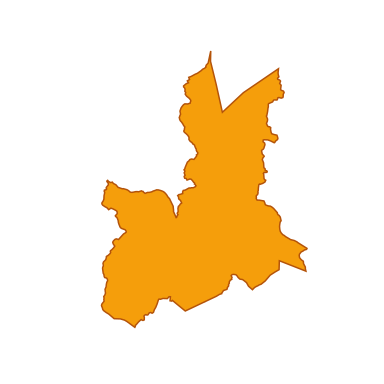 Hueytlalpan, Puebla, Mexico, rotated 335°
{"feature_id": "50627088B78446998147057", "entity_name": "Hueytlalpan", "entity_type": "district", "adm_level": 2, "iso_a3": "MEX", "parent_name": "Mexico", "parent_adm1": "Puebla", "projection": "mercator", "projection_center": [-97.68, 20.051], "detail": "fine", "context": "isolated", "style": "filled", "palette": "amber", "viewbox_px": 384, "rotation_deg": 335, "n_neighbors": 0, "source": "geoboundaries", "source_scale": "gbopen_adm2", "svg_char_len": 6080}
<svg xmlns="http://www.w3.org/2000/svg" viewBox="0 0 384 384"><g transform="rotate(335 192 192)"><path d="M268.6,72.1L261.1,82.0L258.6,83.0L257.5,84.1L257.4,84.7L255.6,85.2L253.6,85.2L251.5,85.9L247.0,86.7L244.8,86.6L240.0,86.9L237.5,86.7L237.3,89.0L234.7,89.3L234.9,91.5L232.5,91.4L229.2,92.3L228.8,93.2L229.3,94.8L229.0,96.3L228.1,97.7L228.4,99.0L227.2,100.5L227.6,102.8L229.2,106.2L229.6,108.3L229.3,109.1L228.4,109.9L228.0,110.7L225.3,110.4L222.8,109.1L221.2,109.3L219.3,110.2L217.6,111.2L215.3,113.6L214.5,116.7L213.3,117.7L211.8,119.3L211.8,120.1L211.5,120.9L211.5,122.4L212.1,124.3L212.5,126.9L212.5,128.3L213.0,130.0L212.3,130.8L211.4,132.3L210.4,133.2L210.2,133.9L210.5,135.0L211.2,136.4L212.1,138.8L212.4,141.1L211.4,143.2L211.8,145.5L212.8,147.0L213.1,149.0L213.6,149.4L214.0,150.5L213.8,153.8L214.0,154.6L213.5,156.2L213.5,157.5L213.9,158.7L213.2,159.9L211.6,160.3L211.6,161.1L211.3,161.4L207.6,163.3L205.5,161.9L204.8,161.8L203.7,161.7L202.5,162.4L200.4,163.0L195.9,167.1L195.4,167.9L194.2,168.4L194.1,168.7L194.3,169.1L194.4,170.0L194.0,170.6L193.0,171.3L192.8,174.0L191.7,174.4L191.4,174.7L191.2,176.4L192.5,177.4L192.5,179.1L195.6,179.3L196.7,180.2L197.4,182.6L197.5,183.6L198.0,184.6L198.1,185.1L197.6,185.8L197.9,186.0L198.2,188.1L197.2,188.6L195.0,188.7L193.1,187.8L191.9,187.7L191.5,187.3L190.9,187.1L186.7,187.4L184.7,186.9L183.5,188.0L182.9,189.5L180.0,189.1L179.1,188.8L177.5,189.2L177.7,190.8L177.2,192.0L177.1,192.9L178.0,194.8L178.0,197.6L176.2,198.0L175.1,198.8L173.5,199.3L173.3,200.0L172.8,200.3L172.4,200.8L171.1,204.1L170.3,204.4L169.6,205.1L169.5,205.6L169.7,206.7L168.8,207.0L167.3,208.5L166.8,208.5L167.0,201.8L167.6,200.7L168.9,196.9L168.8,188.5L168.1,186.4L167.8,183.6L166.9,180.7L165.8,179.0L164.2,177.4L162.4,175.9L160.9,175.1L158.3,174.9L157.2,174.7L156.6,174.8L155.4,174.8L153.1,174.3L151.6,173.6L148.9,173.4L148.0,171.6L147.9,170.8L147.4,170.6L146.7,169.6L143.5,169.2L142.7,168.6L141.2,167.9L138.1,167.2L136.5,166.5L135.8,165.7L135.1,164.0L134.0,162.4L131.2,160.0L130.2,159.6L127.0,156.6L126.1,153.3L124.3,151.0L124.0,149.4L122.3,149.1L120.8,147.2L120.5,145.8L119.8,145.9L119.3,146.5L119.8,148.9L119.1,150.2L116.3,151.6L115.9,152.1L115.9,153.2L114.9,153.6L113.5,153.3L113.2,153.9L112.8,154.0L112.6,155.7L110.7,158.2L109.1,161.3L107.3,162.9L106.1,163.5L105.5,164.2L105.3,165.1L105.5,166.2L106.8,168.4L108.3,170.4L109.0,172.8L111.7,172.4L113.4,174.1L115.3,176.7L115.8,177.8L115.3,179.7L114.9,180.1L112.5,181.1L112.4,181.4L112.5,182.1L113.0,183.0L113.2,184.0L113.0,186.8L112.5,188.1L112.2,189.8L112.0,193.1L112.1,194.0L112.7,195.2L115.3,197.8L115.6,198.5L115.7,199.9L115.3,200.6L114.7,200.8L112.2,201.1L105.3,204.0L103.8,202.6L103.0,202.4L102.1,202.4L100.0,203.2L99.3,203.7L98.8,204.4L98.7,206.1L99.1,208.4L97.5,209.4L95.0,210.4L93.3,210.8L92.9,211.2L92.7,212.5L91.7,213.2L89.3,214.0L87.8,214.1L87.0,214.4L86.6,215.3L85.2,216.9L82.2,218.0L81.1,219.2L80.8,220.6L80.2,221.8L79.3,222.4L78.6,223.6L77.2,228.1L77.3,229.5L76.7,231.5L76.7,232.6L78.2,233.9L78.4,234.8L78.3,236.2L77.7,237.1L76.7,237.7L75.4,239.4L74.1,241.6L72.1,243.4L71.2,245.9L70.9,247.1L70.3,247.6L69.8,248.3L67.8,249.5L67.5,250.9L66.6,252.3L66.2,253.8L63.2,255.3L62.1,256.4L61.9,257.1L61.8,259.2L61.5,260.6L61.7,262.0L63.3,265.0L64.9,267.3L67.9,273.9L73.4,276.7L76.7,279.6L78.3,281.9L83.0,290.5L83.8,289.9L84.3,288.9L85.3,288.7L88.5,287.2L92.0,286.1L92.6,287.1L93.3,287.7L94.7,287.7L95.8,285.5L96.0,284.2L96.7,283.7L98.3,283.6L99.2,284.5L100.1,284.7L102.2,283.5L103.6,283.7L104.6,285.0L106.2,284.8L108.1,282.8L110.3,281.3L113.2,278.6L115.9,275.6L116.9,275.1L118.1,275.9L120.7,276.2L124.6,278.2L127.0,277.2L128.2,277.8L126.1,281.3L127.5,282.3L128.4,282.0L135.6,297.0L170.1,296.8L173.6,296.4L176.0,296.7L176.3,296.2L178.9,294.6L182.5,295.0L183.9,293.4L185.5,292.6L186.0,291.3L187.3,290.4L187.7,289.3L189.5,288.1L191.1,288.0L191.1,287.5L192.2,286.3L192.1,284.4L193.4,283.8L194.8,284.2L196.8,285.5L197.3,286.6L197.7,289.0L198.3,290.5L198.6,291.2L200.8,292.7L201.9,294.7L203.1,297.2L203.4,301.3L205.5,306.1L208.3,305.0L210.0,304.8L212.3,304.8L213.7,304.6L215.6,304.8L220.7,303.6L227.7,300.4L233.5,299.6L238.1,299.2L242.1,291.2L261.8,311.9L262.3,309.5L263.0,307.9L262.8,304.1L263.6,301.9L263.3,301.0L262.6,300.1L261.9,297.8L261.8,296.7L262.4,294.7L263.2,293.7L265.6,292.5L267.8,292.4L269.7,292.0L270.8,292.4L271.8,292.3L272.4,291.7L266.4,282.4L266.1,281.6L264.2,279.2L261.0,276.6L260.8,276.1L257.9,271.9L257.3,270.5L256.2,269.0L255.5,266.6L255.4,264.7L255.8,262.9L256.8,260.2L258.0,258.2L259.2,256.5L260.6,255.7L261.4,252.1L261.1,250.1L260.3,248.8L260.3,247.8L260.6,246.8L259.0,241.3L258.0,239.3L257.0,237.9L255.2,236.8L253.7,235.3L253.1,234.4L253.4,232.5L253.4,230.5L249.5,227.8L247.6,226.9L247.4,225.1L248.0,224.3L248.2,223.4L248.9,222.4L250.3,222.1L251.2,221.1L251.6,220.5L251.7,219.7L252.7,218.6L253.8,216.5L255.6,213.7L256.5,213.3L257.0,213.8L259.7,214.1L262.3,213.8L263.8,212.5L263.2,211.7L262.9,210.4L264.6,205.9L264.5,205.3L265.6,204.7L266.4,205.2L268.1,205.8L268.7,205.5L268.8,204.8L268.6,204.3L267.5,203.4L268.0,201.9L268.0,201.5L267.5,200.7L267.5,200.2L269.2,195.8L269.4,192.3L270.9,190.9L272.4,190.3L272.5,189.6L271.7,187.2L272.5,184.0L273.0,183.6L274.7,183.3L275.5,182.8L278.1,180.0L278.5,178.3L277.6,176.5L278.5,175.0L279.4,175.1L282.7,176.8L284.8,178.9L287.3,182.1L287.9,182.1L289.4,181.1L291.1,180.8L292.3,180.1L292.7,178.9L293.0,176.4L290.8,174.7L288.9,172.9L288.9,171.4L289.6,168.6L289.9,167.8L290.5,167.2L290.5,166.7L289.9,165.7L288.9,165.1L288.4,164.3L288.4,161.6L288.7,161.1L290.4,159.5L291.3,157.9L291.5,154.6L292.1,154.3L294.4,151.2L296.5,147.8L297.1,147.2L298.2,144.8L298.8,144.3L303.1,144.4L304.7,143.3L305.0,143.3L305.4,143.3L307.9,144.5L308.3,144.4L309.7,142.9L310.7,143.1L312.5,144.6L313.0,144.7L314.3,144.8L314.9,144.1L316.0,142.0L317.5,140.8L317.6,139.5L317.4,139.0L315.9,137.6L315.7,136.4L317.9,132.9L317.3,130.7L318.9,129.2L319.1,128.8L318.7,127.5L317.4,126.2L317.4,125.5L317.9,124.9L319.4,124.4L319.8,122.0L320.3,120.5L322.5,116.8L280.5,123.7L253.2,132.6L259.3,105.1L264.0,81.4L268.6,72.1Z" fill="#f59e0b" stroke="#b45309" stroke-width="1.5"/></g></svg>